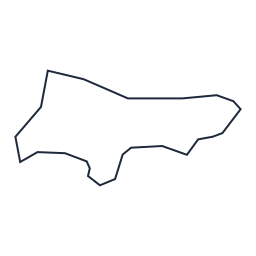 the border of Stockport
{"feature_id": "GBR-5683", "entity_name": "Stockport", "entity_type": "Metropolitan Borough", "adm_level": 1, "iso_a3": "GBR", "parent_name": "United Kingdom", "parent_adm1": "", "projection": "equal_earth", "projection_center": [-2.122, 53.379], "detail": "fine", "context": "isolated", "style": "outline", "palette": "slate", "viewbox_px": 256, "rotation_deg": 0, "n_neighbors": 0, "source": "natural_earth", "source_scale": "10m", "svg_char_len": 410}
<svg xmlns="http://www.w3.org/2000/svg" viewBox="0 0 256 256"><path d="M216.7,95.2L233.4,101.2L240.6,109.2L222.4,133.1L212.7,136.7L198.1,139.4L186.9,154.8L162.1,146.0L131.1,147.7L122.7,154.5L115.1,179.0L99.9,185.3L88.0,176.0L89.8,168.3L86.7,161.4L65.0,153.2L37.5,152.1L20.2,162.0L15.4,136.8L41.0,106.9L47.8,70.7L83.6,79.2L127.9,98.4L182.5,98.4L216.7,95.2Z" fill="none" stroke="#1e293b" stroke-width="2"/></svg>